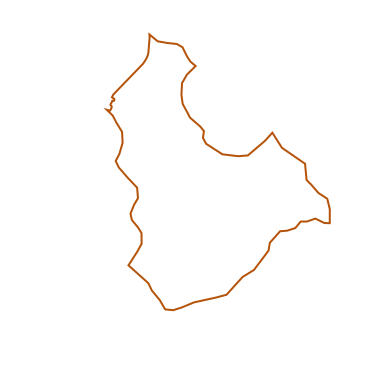 an SVG outline of Kankan, rotated 217°
{"feature_id": "GIN-5641", "entity_name": "Kankan", "entity_type": "Prefecture", "adm_level": 1, "iso_a3": "GIN", "parent_name": "Guinea", "parent_adm1": "", "projection": "robinson", "projection_center": [-8.816, 10.042], "detail": "fine", "context": "isolated", "style": "outline", "palette": "amber", "viewbox_px": 384, "rotation_deg": 217, "n_neighbors": 0, "source": "natural_earth", "source_scale": "10m", "svg_char_len": 1309}
<svg xmlns="http://www.w3.org/2000/svg" viewBox="0 0 384 384"><g transform="rotate(217 192 192)"><path d="M309.5,206.4L306.6,207.6L306.5,209.0L306.9,210.6L307.4,211.8L307.9,212.2L308.6,212.2L309.4,212.4L309.9,213.3L310.2,216.0L310.5,216.8L310.2,217.2L309.6,217.4L309.2,218.0L309.7,219.4L310.3,219.6L312.9,219.4L313.5,222.7L308.5,263.1L308.3,264.5L308.4,267.9L308.8,271.5L309.5,274.2L310.5,276.7L318.5,289.4L320.8,292.2L310.1,291.7L301.5,296.1L293.3,301.0L286.7,301.9L277.8,297.4L271.9,295.2L264.9,294.8L266.7,282.8L265.5,273.0L258.9,263.2L252.4,256.7L244.2,253.0L238.4,250.2L224.5,249.2L219.1,247.8L215.8,241.8L209.7,239.0L190.4,240.4L176.8,248.3L169.4,254.8L164.5,276.8L163.5,287.7L146.7,281.4L118.7,282.6L107.8,270.6L107.3,270.6L103.3,269.8L102.0,269.8L90.5,267.3L79.9,268.0L71.7,261.3L63.2,250.0L67.6,246.9L77.5,245.0L82.4,237.6L87.4,233.8L87.8,225.4L92.7,218.4L98.0,213.7L99.3,198.3L95.6,191.3L95.6,167.1L100.5,154.5L102.6,130.7L109.2,122.3L124.0,105.0L130.9,93.3L135.9,86.3L142.8,82.1L152.7,86.3L164.6,89.1L172.0,92.9L198.6,95.2L199.8,111.5L201.1,120.4L207.6,128.8L213.4,131.1L223.2,133.5L228.1,137.7L230.6,147.0L231.4,154.5L238.4,162.4L251.9,164.7L265.1,167.5L271.6,170.8L272.9,178.7L277.0,189.5L284.0,197.9L294.6,202.1L301.2,205.3L309.5,206.4Z" fill="none" stroke="#b45309" stroke-width="2"/></g></svg>